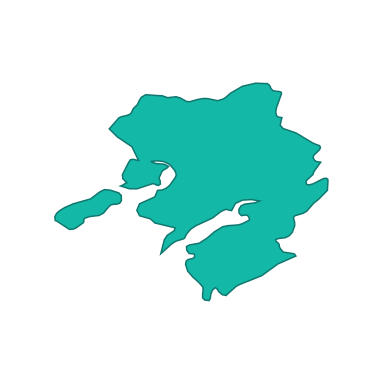 map outline of Lääne (Equal Earth projection), rotated 333°
{"feature_id": "EST-1661", "entity_name": "Lääne", "entity_type": "County", "adm_level": 1, "iso_a3": "EST", "parent_name": "Estonia", "parent_adm1": "", "projection": "equal_earth", "projection_center": [23.689, 58.901], "detail": "fine", "context": "isolated", "style": "filled", "palette": "teal", "viewbox_px": 384, "rotation_deg": 333, "n_neighbors": 0, "source": "natural_earth", "source_scale": "10m", "svg_char_len": 3079}
<svg xmlns="http://www.w3.org/2000/svg" viewBox="0 0 384 384"><g transform="rotate(333 192 192)"><path d="M175.5,299.7L175.2,299.5L172.4,297.3L170.6,293.1L170.3,289.6L169.3,287.8L165.5,288.8L162.2,291.8L160.1,295.0L158.0,296.5L154.3,294.1L153.4,291.2L155.0,287.9L157.3,284.6L158.5,281.6L157.1,275.9L154.2,268.4L152.2,260.5L153.4,253.5L155.6,250.8L157.7,250.4L163.0,251.6L164.8,250.9L165.7,249.5L165.6,248.1L161.5,245.5L160.9,241.5L162.3,238.1L165.6,238.0L175.2,240.9L184.6,239.9L194.0,237.6L203.6,236.9L208.5,238.2L218.2,242.3L222.4,243.1L230.1,243.1L230.9,242.2L231.2,240.0L230.7,237.9L229.3,236.9L225.3,235.5L224.3,232.3L225.8,228.8L229.4,226.6L233.6,226.8L243.4,230.3L248.2,230.7L241.4,225.7L233.4,222.2L225.5,221.9L218.8,226.6L214.3,222.8L209.1,222.5L198.4,224.5L180.0,223.8L174.2,224.5L169.2,226.5L166.6,228.0L164.8,229.6L163.2,229.9L155.2,228.5L150.4,229.0L136.2,232.8L145.6,222.0L150.4,219.3L158.7,218.4L160.6,216.2L144.9,202.8L142.8,197.1L134.5,189.4L134.5,183.3L139.9,178.7L156.6,179.5L162.1,174.9L166.4,176.7L170.9,176.9L175.3,175.9L183.4,171.6L185.4,170.1L186.2,168.1L186.3,164.5L184.6,157.3L180.6,152.0L175.1,148.4L169.1,146.0L172.3,149.9L179.7,154.5L182.8,158.5L180.7,159.3L176.1,159.6L174.3,160.3L169.1,164.5L168.8,165.5L168.8,167.3L167.4,170.6L165.0,170.9L163.4,169.6L162.1,167.7L160.5,166.7L144.4,164.2L137.7,160.7L131.1,154.2L132.8,154.4L136.4,154.1L138.1,154.2L136.4,148.8L137.8,145.0L149.2,136.7L151.8,135.3L154.5,136.2L158.7,139.8L159.0,124.3L150.7,109.5L146.9,98.2L160.6,92.7L163.4,92.9L168.7,94.2L171.7,94.5L173.9,93.9L177.5,91.1L183.1,89.3L186.2,86.8L189.8,84.6L194.9,84.3L208.2,92.3L208.9,92.4L209.0,92.6L213.1,96.9L221.1,99.9L224.1,102.7L228.4,109.0L231.1,110.6L239.0,112.1L244.5,113.8L248.1,115.7L256.5,122.4L262.4,123.3L265.0,123.0L271.5,121.4L285.0,120.7L298.0,123.9L308.4,129.7L309.2,131.2L309.6,133.4L309.3,135.6L310.2,138.5L312.8,140.5L315.6,142.3L316.7,143.5L316.7,144.4L315.9,145.5L306.1,154.7L304.6,156.4L302.9,158.8L302.1,161.7L302.1,163.1L303.0,164.5L305.9,166.5L300.9,172.4L302.0,176.8L311.7,186.9L321.5,202.7L324.3,206.1L326.8,208.7L326.5,211.0L324.1,212.5L317.4,214.5L315.6,216.2L315.5,219.1L316.5,221.2L320.2,223.9L309.7,229.3L307.8,231.3L298.7,233.9L297.5,237.0L298.9,238.6L303.5,239.7L315.3,239.7L317.9,240.7L318.8,242.2L318.1,244.0L313.4,252.0L301.7,255.9L295.1,257.3L285.5,261.2L281.3,261.4L272.9,259.9L271.0,260.6L270.3,262.5L269.8,265.3L268.2,268.7L263.0,273.5L258.8,275.1L254.5,275.1L247.8,272.7L245.0,272.4L244.4,273.6L245.0,275.2L245.5,276.4L245.8,277.5L245.7,278.7L245.0,280.5L245.0,282.3L246.0,286.9L254.4,293.0L255.2,293.9L255.5,296.2L235.7,295.1L216.3,298.2L192.0,296.0L188.1,296.2L175.8,299.5L175.6,299.6L175.5,299.7ZM120.0,153.2L126.4,159.6L127.4,163.0L125.2,167.7L122.5,169.2L119.5,168.7L116.5,167.3L113.9,166.7L111.3,167.3L103.6,170.6L98.5,170.7L89.9,167.5L84.6,166.7L83.2,167.3L82.5,168.7L81.4,170.0L72.2,171.4L69.5,171.2L65.8,169.7L58.6,157.0L57.2,155.3L58.5,151.8L61.6,149.6L65.8,148.5L71.3,148.1L80.8,148.6L98.4,152.1L109.4,150.1L115.0,150.1L120.0,153.2Z" fill="#14b8a6" stroke="#0f766e" stroke-width="1.5"/></g></svg>